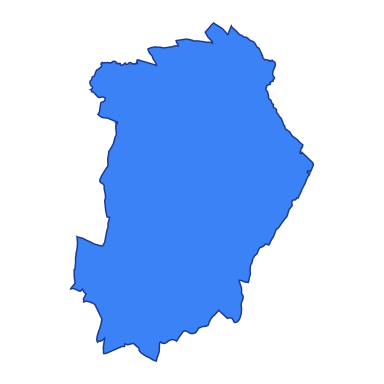 outline of Candelaria, Atlántico, Colombia
{"feature_id": "7082276B28023975209321", "entity_name": "Candelaria", "entity_type": "district", "adm_level": 2, "iso_a3": "COL", "parent_name": "Colombia", "parent_adm1": "Atlántico", "projection": "orthographic", "projection_center": [-74.882, 10.487], "detail": "fine", "context": "isolated", "style": "filled", "palette": "blue", "viewbox_px": 384, "rotation_deg": 0, "n_neighbors": 0, "source": "geoboundaries", "source_scale": "gbopen_adm2", "svg_char_len": 5822}
<svg xmlns="http://www.w3.org/2000/svg" viewBox="0 0 384 384"><path d="M307.3,177.7L308.6,175.4L308.9,175.5L309.8,173.5L307.2,172.4L307.8,170.6L310.5,171.9L313.3,165.2L313.3,164.3L312.7,162.7L301.9,152.3L301.4,153.7L299.9,153.0L300.4,151.0L301.6,147.6L302.1,147.6L302.9,145.0L300.1,142.7L297.2,139.6L292.6,136.2L292.0,135.6L289.9,132.2L289.2,131.5L288.0,130.7L287.3,130.1L286.1,129.5L285.4,128.8L285.3,128.1L284.7,127.1L284.6,125.7L283.5,124.6L282.2,120.6L281.4,118.9L280.7,117.7L279.2,116.4L278.3,114.3L276.9,113.0L276.5,112.2L276.6,110.9L276.4,109.5L275.4,108.5L274.5,108.1L273.4,107.2L273.3,106.7L273.4,104.4L273.0,104.3L271.9,103.3L271.4,101.5L270.6,99.8L269.0,99.1L268.6,97.7L268.5,95.8L267.9,93.0L267.4,91.5L266.0,89.9L265.8,89.0L266.4,87.8L266.7,85.5L270.2,84.3L270.2,83.9L269.9,82.8L270.7,82.6L270.6,82.2L271.2,81.5L271.7,81.4L272.3,81.5L273.1,81.2L273.2,80.7L273.2,79.3L273.8,79.2L274.5,78.4L274.4,77.4L273.4,76.4L272.8,75.2L272.7,73.2L272.8,71.8L275.2,65.9L275.4,64.5L275.3,63.4L274.6,62.1L272.8,60.9L272.2,60.3L272.0,61.1L271.2,60.9L270.0,61.2L270.2,60.6L270.0,60.4L269.5,60.7L267.1,59.8L265.7,59.9L264.8,59.7L264.0,59.0L262.8,57.7L262.5,55.7L262.4,55.4L261.9,55.2L261.7,54.0L261.4,53.1L260.6,51.9L259.0,48.2L256.9,47.0L255.3,43.9L254.0,42.3L253.2,41.6L250.1,40.4L246.9,37.6L246.2,37.3L244.2,37.2L243.5,36.9L242.0,35.5L239.9,34.7L238.5,33.6L236.3,31.0L234.7,29.7L232.4,27.6L231.7,26.9L231.3,26.0L227.7,34.7L225.1,31.5L222.2,28.5L213.5,23.0L211.4,25.1L207.5,29.7L205.2,32.2L208.0,37.1L212.4,41.8L212.3,43.2L210.9,42.4L210.2,42.3L206.9,42.3L203.6,41.7L197.1,40.9L195.2,41.0L194.5,41.2L192.3,40.3L189.2,39.5L186.3,39.1L176.1,40.6L176.5,42.2L177.4,43.7L178.3,45.8L175.1,45.9L171.3,46.9L164.2,47.9L162.4,47.8L160.5,47.2L157.2,47.2L155.4,46.9L150.9,47.7L147.9,49.0L149.2,52.6L152.2,56.1L153.1,58.8L156.0,63.3L156.3,64.4L156.4,65.3L143.6,61.5L140.6,60.8L139.6,60.2L137.6,59.8L137.1,60.1L137.0,60.7L137.3,63.6L136.8,63.6L136.3,62.9L136.0,63.6L135.0,64.1L134.6,64.0L134.5,63.8L133.4,64.1L132.8,63.7L131.7,63.7L130.9,62.7L129.7,62.6L128.6,63.1L127.8,64.3L126.5,64.3L125.9,64.2L125.6,63.9L125.5,63.1L125.1,63.0L123.3,64.6L122.7,64.9L122.2,65.0L121.8,65.5L120.8,65.1L120.5,64.5L120.2,63.4L119.6,63.3L118.8,63.9L118.5,63.9L117.5,63.1L116.8,63.5L116.6,63.5L116.0,62.1L115.4,61.6L114.5,61.3L112.8,61.4L111.8,62.3L111.7,62.7L111.2,63.0L110.4,62.7L108.6,62.9L107.5,62.4L106.5,62.8L104.5,62.6L103.1,63.1L102.6,62.5L102.2,62.4L101.4,63.1L100.9,64.1L101.6,65.4L101.4,66.7L99.1,68.6L96.6,70.2L95.6,72.2L95.0,74.3L94.2,76.2L92.7,76.7L92.2,77.1L91.9,78.9L91.6,79.6L90.1,81.1L89.9,83.4L90.5,84.8L91.3,86.0L91.9,86.4L92.5,87.2L92.5,87.7L92.0,88.6L91.5,89.2L90.7,89.6L91.6,89.8L91.5,91.7L93.4,92.1L97.7,96.8L98.7,97.4L99.5,97.6L101.4,97.0L102.6,96.9L104.8,97.6L105.4,98.0L104.9,99.9L104.3,101.1L103.1,101.7L101.3,102.3L100.8,102.9L99.5,111.5L99.2,112.3L97.9,114.4L99.6,115.9L101.6,117.2L102.9,117.6L107.5,118.1L117.5,122.2L117.2,123.6L116.7,123.2L116.6,123.6L116.1,123.4L116.3,123.7L115.8,125.2L115.9,129.4L116.4,133.8L116.2,135.2L115.4,136.6L114.6,138.6L114.1,141.2L113.2,144.1L110.6,148.8L108.7,151.7L108.6,154.1L107.8,158.3L107.8,162.7L108.0,164.8L107.6,166.7L106.5,167.9L105.5,169.4L102.0,175.1L100.0,179.3L99.8,180.6L99.9,181.2L100.5,182.5L102.8,183.7L103.6,184.7L104.3,185.8L104.1,188.6L105.3,194.3L105.5,197.1L105.5,198.1L104.7,200.5L105.7,210.7L107.0,216.9L109.7,217.4L108.0,223.3L108.0,227.4L107.1,229.8L106.5,232.2L106.6,232.6L106.3,233.5L104.8,241.8L103.9,243.7L102.6,246.0L99.5,245.5L94.2,244.0L90.8,242.1L87.0,240.5L82.8,238.3L77.6,237.0L77.0,236.7L77.5,242.5L77.2,247.8L76.5,251.7L76.1,252.6L76.0,255.3L75.5,258.3L75.6,261.9L75.0,268.5L74.7,269.9L74.2,269.8L74.2,276.2L75.1,283.2L70.9,288.4L70.7,289.0L72.2,288.6L74.0,288.6L74.6,288.8L75.1,289.3L76.7,289.7L78.7,290.9L79.8,291.2L80.4,291.2L81.1,290.7L82.5,289.2L83.8,291.7L86.0,294.1L83.4,298.9L83.7,300.4L83.6,302.0L86.1,301.1L88.8,301.7L93.1,303.3L94.9,304.5L101.8,318.8L101.8,320.7L101.3,321.3L101.4,322.5L101.1,323.7L99.5,329.1L97.9,333.5L97.1,336.8L96.8,339.3L96.9,340.6L97.2,341.6L97.7,342.2L98.2,341.5L101.0,341.0L102.0,340.5L104.7,338.2L103.3,347.3L103.6,353.5L105.7,353.5L107.5,352.8L121.7,346.6L124.6,346.4L124.9,343.8L127.7,344.8L133.4,343.3L136.9,346.6L138.0,347.3L138.9,348.1L139.2,349.1L139.1,350.1L139.4,350.9L141.2,352.9L145.8,356.1L148.8,357.4L152.9,359.8L154.3,360.5L156.3,361.0L157.1,357.7L159.1,352.0L159.4,347.5L159.4,345.2L159.9,342.4L160.8,341.9L161.8,342.9L162.5,343.3L164.9,343.4L166.9,342.3L168.8,340.7L171.5,339.6L173.3,339.6L175.4,340.4L176.6,341.1L179.6,336.4L181.4,334.1L182.8,332.0L183.2,331.6L185.1,330.8L186.8,331.3L190.0,333.3L191.6,333.6L193.2,333.5L195.6,332.7L198.6,328.4L199.4,327.8L202.4,326.6L206.3,326.2L208.1,325.1L208.4,324.6L209.2,321.7L209.9,321.0L210.6,319.2L212.5,316.8L215.5,314.0L218.2,311.0L218.7,310.3L227.4,318.4L228.3,318.0L229.4,317.8L230.6,317.9L231.8,318.4L232.5,318.9L233.4,320.6L233.8,321.7L234.7,322.5L235.8,322.4L237.8,321.5L239.1,319.8L239.8,318.4L241.0,314.4L241.3,312.5L241.6,309.0L241.2,305.4L241.2,303.9L241.3,303.2L242.8,299.3L243.2,297.2L242.8,295.5L242.0,294.2L241.5,292.9L241.6,290.0L241.4,287.5L239.7,282.9L239.2,280.2L241.0,280.4L245.1,282.1L248.4,282.4L249.4,277.3L250.4,274.3L250.1,270.0L250.4,266.1L250.5,265.5L251.9,262.7L253.1,258.1L254.8,255.7L256.8,253.8L257.2,253.2L258.5,249.9L259.8,247.8L260.4,247.4L261.7,247.1L263.5,246.2L265.7,243.9L268.9,245.0L269.7,243.6L270.8,240.9L273.4,236.7L276.2,229.5L277.6,228.5L279.0,227.1L282.4,222.1L284.7,219.1L286.5,217.1L287.0,216.2L287.5,215.1L287.9,213.1L288.4,212.0L288.8,210.3L289.2,209.4L292.1,205.8L292.2,204.7L291.6,202.8L292.3,200.7L292.6,200.3L293.6,200.0L294.5,200.0L295.7,199.7L296.4,198.6L296.4,198.2L296.6,198.0L298.3,198.0L299.1,195.5L300.2,193.7L302.1,188.9L304.6,184.4L307.3,177.7Z" fill="#3b82f6" stroke="#1e3a8a" stroke-width="1.5"/></svg>